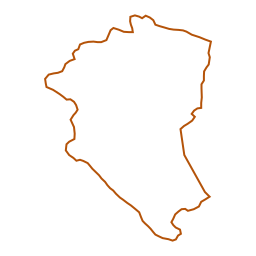 the district of Casserengue, Paraíba, Brazil
{"feature_id": "56859067B62762584744623", "entity_name": "Casserengue", "entity_type": "district", "adm_level": 2, "iso_a3": "BRA", "parent_name": "Brazil", "parent_adm1": "Paraíba", "projection": "orthographic", "projection_center": [-35.847, -6.765], "detail": "fine", "context": "isolated", "style": "outline", "palette": "amber", "viewbox_px": 256, "rotation_deg": 0, "n_neighbors": 0, "source": "geoboundaries", "source_scale": "gbopen_adm2", "svg_char_len": 1697}
<svg xmlns="http://www.w3.org/2000/svg" viewBox="0 0 256 256"><path d="M175.9,239.4L178.0,235.6L180.9,233.8L180.0,229.6L175.7,227.5L173.3,225.1L171.4,222.2L173.2,218.9L175.2,214.4L178.5,211.5L181.6,209.2L185.2,208.9L187.9,210.8L193.8,209.2L198.9,206.5L201.2,201.8L205.3,199.4L209.6,196.7L204.9,192.0L184.3,155.0L180.5,129.1L184.0,126.0L187.5,123.9L192.2,120.6L194.8,116.8L191.7,113.9L194.1,110.6L197.4,108.4L201.2,107.9L201.2,102.9L201.8,97.5L201.5,88.4L201.5,84.3L203.9,80.5L203.9,75.9L204.1,71.4L206.5,67.4L208.7,64.5L209.8,57.2L208.5,53.1L210.9,41.6L205.3,39.6L199.5,37.2L191.8,34.7L186.4,31.6L183.0,30.4L178.5,29.9L173.6,29.6L169.1,28.9L164.4,27.5L159.5,26.1L155.4,24.7L153.3,20.2L149.8,17.5L145.7,15.7L142.1,18.2L139.1,16.6L134.9,15.4L130.4,16.8L130.1,21.3L130.9,24.7L132.2,28.2L132.8,32.1L128.5,32.1L123.8,31.8L118.8,29.7L113.4,28.0L110.6,30.2L108.7,34.7L106.4,40.1L101.3,42.1L97.4,42.1L93.4,41.6L88.4,41.9L84.1,42.8L80.0,44.5L78.3,49.2L74.9,50.7L72.8,53.7L74.6,59.1L69.7,60.9L65.4,64.1L64.3,67.2L62.2,71.2L57.9,72.8L53.7,73.4L48.7,74.6L45.1,78.9L45.8,83.6L46.5,87.0L53.0,89.8L59.5,94.0L63.3,96.8L66.6,99.6L70.4,99.3L74.0,101.8L76.1,105.1L77.6,109.7L75.7,112.7L73.5,115.1L70.6,119.7L74.0,127.1L74.7,133.7L74.4,139.0L69.2,141.7L66.5,144.3L65.8,150.4L69.2,155.1L73.5,158.0L76.4,160.7L80.0,159.8L83.2,160.9L87.7,163.1L92.4,168.8L95.6,171.9L99.0,175.2L101.5,178.5L105.1,181.9L107.4,185.2L110.1,188.2L113.2,190.5L116.0,193.8L120.0,197.6L122.9,199.6L127.2,202.9L130.9,205.4L134.2,208.1L139.2,212.3L140.9,216.8L142.6,220.9L145.0,223.4L148.2,226.3L150.7,228.9L153.0,231.8L155.4,234.6L158.4,236.1L162.6,238.1L168.5,239.2L172.6,240.6L175.9,239.4Z" fill="none" stroke="#b45309" stroke-width="2"/></svg>